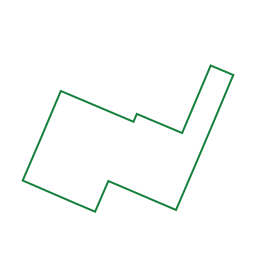 Renville, North Dakota, United States of America (orthographic projection), rotated 293°
{"feature_id": "52423323B29134210824643", "entity_name": "Renville", "entity_type": "district", "adm_level": 2, "iso_a3": "USA", "parent_name": "United States of America", "parent_adm1": "North Dakota", "projection": "orthographic", "projection_center": [-101.622, 48.729], "detail": "fine", "context": "isolated", "style": "outline", "palette": "green", "viewbox_px": 256, "rotation_deg": 293, "n_neighbors": 0, "source": "geoboundaries", "source_scale": "gbopen_adm2", "svg_char_len": 347}
<svg xmlns="http://www.w3.org/2000/svg" viewBox="0 0 256 256"><g transform="rotate(293 128 128)"><path d="M38.1,105.8L38.1,130.4L71.5,130.6L71.3,204.2L120.1,204.4L169.0,204.4L217.9,204.2L217.8,179.7L144.5,179.8L144.4,130.6L135.9,130.6L135.8,51.7L135.6,51.7L86.9,51.8L38.5,51.6L38.1,105.8Z" fill="none" stroke="#15803d" stroke-width="2"/></g></svg>